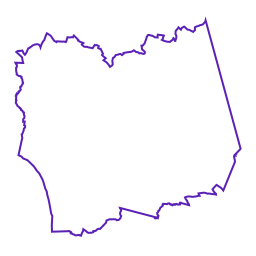 Sabanalarga, Atlántico, Colombia
{"feature_id": "7082276B39650690530717", "entity_name": "Sabanalarga", "entity_type": "district", "adm_level": 2, "iso_a3": "COL", "parent_name": "Colombia", "parent_adm1": "Atlántico", "projection": "albers", "projection_center": [-74.958, 10.621], "detail": "fine", "context": "isolated", "style": "outline", "palette": "violet", "viewbox_px": 256, "rotation_deg": 0, "n_neighbors": 0, "source": "geoboundaries", "source_scale": "gbopen_adm2", "svg_char_len": 5558}
<svg xmlns="http://www.w3.org/2000/svg" viewBox="0 0 256 256"><path d="M147.9,35.1L147.4,36.1L146.7,36.9L146.6,37.8L144.5,43.7L143.7,44.3L143.0,45.4L142.7,45.6L142.2,45.7L141.5,45.7L142.1,49.4L144.8,51.7L144.9,52.1L144.7,53.5L143.7,53.9L143.1,53.9L141.7,53.3L140.9,53.2L139.3,53.4L139.0,52.9L138.5,52.5L137.5,52.1L136.5,52.1L135.9,51.9L134.6,50.8L133.8,50.3L132.7,51.1L131.5,51.7L130.7,51.9L127.1,52.3L123.5,53.0L123.6,53.8L122.0,55.1L120.6,54.0L119.2,54.1L118.4,54.5L115.7,55.1L114.6,56.9L113.9,57.4L113.4,57.6L113.0,57.9L112.9,58.3L112.3,60.9L112.6,62.6L112.7,64.5L112.2,65.3L110.0,66.9L108.6,64.7L106.7,62.5L105.8,61.8L103.5,60.3L105.7,58.2L102.7,55.8L102.0,55.0L102.3,54.5L103.0,53.8L100.6,48.8L99.6,48.8L98.2,48.1L98.4,47.2L98.8,46.2L97.3,45.3L96.4,45.1L95.2,45.3L94.7,45.0L93.8,46.3L92.7,48.2L88.1,47.3L87.1,46.8L86.6,46.8L85.6,46.9L84.1,46.6L83.5,46.2L81.8,44.6L82.6,43.7L83.4,43.1L82.9,42.8L81.5,42.4L79.9,41.7L78.1,40.6L78.4,40.1L75.6,37.1L74.3,36.0L73.9,35.5L73.3,36.4L73.0,37.3L71.3,37.2L69.6,37.5L67.5,37.2L66.9,39.1L66.2,41.6L65.8,42.1L64.8,41.7L64.3,41.6L61.5,41.6L57.0,41.3L56.5,42.1L54.2,40.8L52.6,38.6L51.8,37.3L50.6,35.7L49.7,35.0L46.9,33.3L45.7,35.8L45.1,37.7L44.3,40.0L42.8,41.8L42.4,42.8L41.7,43.8L40.5,47.4L40.1,46.1L39.2,45.0L38.3,44.4L37.3,44.2L34.5,44.6L32.3,45.7L31.2,46.7L30.2,47.2L29.8,47.8L28.3,48.3L26.1,53.2L25.3,54.1L25.2,54.5L24.9,54.8L24.1,53.9L23.2,52.6L23.0,51.7L22.2,50.5L19.8,51.1L19.6,50.8L17.5,51.1L16.3,52.0L21.9,57.1L22.2,58.0L22.4,59.9L23.2,63.0L15.4,62.7L15.6,63.2L15.9,63.5L16.1,64.1L16.7,64.5L16.8,65.6L17.0,66.3L16.8,66.9L16.1,67.7L16.0,67.9L16.2,68.6L16.1,70.6L16.3,71.1L16.2,71.6L16.8,73.4L16.8,73.7L16.6,74.3L16.8,74.6L17.5,75.0L18.3,75.7L18.6,75.9L20.7,76.2L21.0,76.7L21.1,77.2L21.2,77.3L21.6,77.3L21.4,78.0L22.3,79.3L22.4,80.6L22.7,81.6L22.6,82.1L23.1,82.7L23.0,83.4L22.5,83.9L22.4,84.5L21.8,85.1L21.5,85.6L21.4,86.4L21.0,86.5L20.7,86.9L20.3,86.9L20.2,87.7L20.4,88.3L20.5,89.1L20.7,89.4L20.2,90.6L19.8,90.6L18.4,91.7L18.4,92.0L18.8,91.8L18.9,92.1L18.5,92.4L18.4,93.0L17.9,93.6L17.6,93.8L17.0,93.5L16.9,94.1L16.7,94.1L16.2,94.4L16.5,95.3L15.8,96.0L16.2,96.4L16.1,97.2L16.2,98.1L15.9,99.2L16.4,100.1L16.2,100.4L16.4,100.5L16.0,101.4L15.8,102.9L16.5,103.9L17.5,105.9L19.3,107.3L19.7,108.1L19.9,108.2L20.1,108.0L20.0,107.9L20.2,108.0L21.1,110.1L21.5,110.3L21.6,110.0L21.9,110.5L22.5,110.8L22.7,111.5L23.2,112.2L23.8,112.3L24.1,112.9L23.7,113.8L24.0,115.0L24.5,115.9L24.4,117.8L23.3,118.9L23.1,121.7L24.7,121.6L24.3,123.3L24.5,123.7L24.3,124.7L24.1,125.2L25.1,125.9L25.1,127.5L23.9,128.5L23.6,130.7L22.3,133.9L21.7,134.4L21.9,135.0L21.9,135.9L22.3,137.8L21.3,142.2L18.5,155.2L21.4,156.5L23.1,158.4L27.5,160.2L33.8,166.3L37.1,171.1L39.2,173.3L42.2,178.9L43.2,181.3L45.0,187.5L45.2,188.4L46.7,191.4L47.4,195.3L48.6,199.6L49.7,205.1L51.2,213.7L52.3,216.0L51.8,224.8L52.0,231.7L68.6,231.2L69.2,231.0L69.7,231.5L70.6,231.8L71.3,232.8L70.8,233.2L71.0,233.4L71.5,232.9L71.9,233.6L72.2,233.9L73.0,234.3L73.9,234.4L75.2,235.3L76.8,235.3L77.7,235.0L78.8,235.1L79.2,235.0L79.6,235.3L79.9,235.2L81.0,235.7L81.6,233.9L83.0,231.0L83.3,229.2L86.8,231.7L87.3,232.4L88.7,232.9L90.2,232.7L91.3,232.8L93.3,232.1L93.3,231.1L95.6,230.9L97.5,229.1L98.6,228.8L100.0,229.0L106.0,222.7L106.5,220.5L109.3,219.4L110.6,219.2L111.7,219.4L112.9,219.2L114.3,219.3L115.5,219.3L116.3,219.7L116.8,220.2L118.4,220.0L118.8,219.8L120.3,218.4L120.8,216.8L121.2,216.0L120.3,214.8L120.1,214.0L120.2,212.3L121.1,210.9L121.1,210.2L120.9,209.5L120.0,208.3L119.9,207.9L155.7,217.3L155.7,217.6L155.3,217.6L155.2,217.9L155.1,218.0L155.3,218.1L155.3,218.3L155.6,218.3L155.6,217.9L157.0,218.0L157.6,218.2L157.6,217.9L157.9,218.0L158.0,217.6L158.0,217.0L157.6,216.9L158.2,216.4L158.5,215.9L158.3,215.5L157.9,215.2L157.3,214.2L157.2,213.7L157.3,212.8L158.1,212.1L158.3,210.9L159.2,210.5L160.4,207.6L162.7,205.9L162.8,205.3L162.5,204.7L162.7,204.2L163.1,203.8L163.3,203.9L163.5,204.2L164.2,203.9L165.2,204.0L165.7,203.9L166.2,204.1L167.1,204.0L167.4,204.1L168.2,203.4L169.0,203.3L169.4,203.4L169.7,203.7L170.0,204.3L170.5,204.2L170.9,204.6L171.4,204.3L171.7,204.3L172.0,205.1L172.5,205.3L172.7,205.1L173.2,204.9L174.1,204.1L174.3,204.2L174.3,204.6L174.8,204.8L175.4,204.7L175.7,204.1L176.3,203.9L176.9,204.0L177.3,204.4L177.8,204.4L178.1,204.6L178.6,204.5L178.8,204.6L179.3,204.4L179.5,204.1L179.7,204.4L180.0,204.4L179.8,203.0L179.9,202.7L180.1,202.6L181.1,202.8L181.5,203.1L189.1,205.2L188.9,204.3L187.5,202.1L187.1,200.8L185.7,199.1L185.0,197.4L186.5,196.8L188.6,196.4L191.1,196.6L192.0,196.8L192.9,196.8L196.3,196.4L198.1,195.9L199.6,195.8L198.7,194.1L198.5,193.4L203.5,192.7L204.8,192.8L206.4,193.2L207.4,193.7L208.7,193.5L213.3,194.2L214.9,194.2L215.3,194.2L215.9,194.6L216.0,193.9L213.9,191.7L212.5,189.3L215.5,185.9L216.5,184.9L220.7,187.6L222.1,189.0L223.3,190.5L234.9,162.0L234.9,160.7L234.0,156.3L234.5,155.2L235.5,155.6L235.4,154.8L236.1,154.1L235.8,153.8L240.6,148.8L205.6,20.3L205.2,21.9L204.1,22.9L203.0,24.3L201.5,24.9L200.2,25.1L199.2,25.7L198.3,25.9L195.2,27.0L194.8,27.7L195.0,30.1L194.3,30.8L193.6,31.3L193.2,31.9L191.6,31.1L189.3,29.8L187.7,29.7L186.0,28.3L184.4,26.7L184.1,26.7L181.8,27.9L180.9,29.7L178.5,27.4L178.0,28.4L177.5,28.7L176.8,29.8L176.3,30.1L175.6,31.4L175.5,34.1L176.3,35.6L176.4,37.1L175.9,39.1L175.5,39.9L175.2,41.8L175.0,40.5L173.5,38.1L173.2,38.3L173.0,39.3L172.7,39.8L171.0,40.9L170.0,41.9L167.2,41.7L163.8,40.8L162.3,40.1L161.9,39.9L162.7,39.1L163.1,37.4L163.9,35.6L163.5,35.4L157.8,34.7L157.6,36.0L157.6,37.5L154.9,37.3L152.7,35.9L150.0,35.2L148.3,34.9L147.9,35.1Z" fill="none" stroke="#5b21b6" stroke-width="2"/></svg>